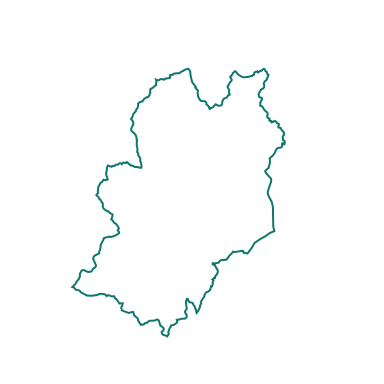 outline of Hoanh Bo, Quảng Ninh, Vietnam, rotated 300°
{"feature_id": "81297802B7752291855220", "entity_name": "Hoanh Bo", "entity_type": "district", "adm_level": 2, "iso_a3": "VNM", "parent_name": "Vietnam", "parent_adm1": "Quảng Ninh", "projection": "albers", "projection_center": [107.022, 21.107], "detail": "fine", "context": "isolated", "style": "outline", "palette": "teal", "viewbox_px": 384, "rotation_deg": 300, "n_neighbors": 0, "source": "geoboundaries", "source_scale": "gbopen_adm2", "svg_char_len": 6044}
<svg xmlns="http://www.w3.org/2000/svg" viewBox="0 0 384 384"><g transform="rotate(300 192 192)"><path d="M149.5,108.4L145.7,110.0L144.1,111.1L141.9,110.6L141.5,110.8L140.6,113.9L139.6,115.4L139.6,116.6L139.0,117.2L137.2,120.8L135.0,121.8L133.4,123.8L132.9,127.8L133.5,129.4L132.8,131.0L132.7,131.8L132.9,134.1L132.3,134.8L130.4,135.4L127.9,135.8L127.6,137.6L126.5,139.7L126.4,142.3L124.8,145.7L123.9,146.9L121.7,146.8L120.9,148.8L120.2,149.3L119.9,149.4L116.6,147.8L114.1,145.9L112.2,143.8L112.0,142.6L111.6,142.2L108.2,138.9L107.6,138.7L106.5,139.2L102.6,139.2L100.3,139.5L98.0,140.6L95.7,141.3L93.8,141.5L92.4,142.3L88.0,139.4L86.1,139.3L84.5,140.0L80.7,145.3L79.9,145.9L77.8,145.6L76.3,144.7L73.7,144.7L72.3,144.2L70.7,141.8L70.2,137.1L69.6,136.3L68.5,135.7L65.4,135.8L64.5,136.0L63.6,136.8L62.9,137.1L60.3,137.5L57.5,137.0L53.5,136.9L49.9,135.9L50.3,137.3L49.3,140.2L50.3,143.3L50.3,144.3L49.6,145.7L49.8,152.9L52.2,157.3L54.4,160.0L54.5,160.5L55.6,161.6L57.4,162.7L58.4,164.2L59.8,167.9L59.2,170.3L60.2,170.5L61.0,171.5L61.5,174.9L62.8,176.4L62.4,177.4L61.4,178.5L61.3,179.1L61.5,180.1L59.1,184.9L61.0,187.6L58.6,188.5L56.9,188.3L54.4,190.4L55.6,197.7L58.1,200.1L58.6,201.1L57.6,202.3L56.3,203.3L55.9,205.2L55.8,206.5L55.3,208.4L53.6,209.6L53.2,210.9L52.2,212.1L52.2,213.2L51.4,214.1L53.0,216.4L55.1,217.0L56.2,218.4L58.1,218.9L59.6,220.1L61.7,223.7L64.2,225.5L64.3,226.6L63.9,227.8L60.5,231.3L60.3,233.8L59.9,235.3L59.5,235.8L58.8,236.3L57.7,236.4L55.5,235.7L54.5,236.6L53.9,238.3L54.6,241.1L54.5,242.7L57.4,242.9L58.6,241.6L62.8,240.8L63.8,240.7L65.0,241.0L65.9,240.6L68.2,243.0L71.1,244.2L72.1,244.3L73.7,242.7L75.2,244.8L76.6,245.8L79.0,249.4L81.1,249.9L83.2,248.6L83.4,247.2L85.0,245.7L88.3,245.8L93.5,241.8L96.9,241.0L97.2,241.6L97.2,242.1L95.9,243.5L95.4,244.6L95.4,245.3L96.1,247.0L96.1,248.4L95.0,249.5L94.4,251.2L92.9,252.8L92.2,254.2L90.3,255.6L89.6,256.5L92.3,256.9L94.1,256.5L95.7,256.6L97.5,255.8L100.2,255.6L101.7,254.6L105.5,254.6L107.0,255.1L109.5,254.2L112.3,254.5L113.9,255.9L116.1,256.6L118.8,256.1L119.8,255.5L120.3,256.5L121.1,256.5L123.0,255.8L123.5,255.3L126.6,254.6L126.8,254.2L126.6,253.5L128.5,254.0L129.1,254.9L130.1,254.3L132.0,254.4L132.7,254.8L135.7,254.4L137.7,252.7L138.3,251.1L139.9,248.5L139.7,246.1L140.4,245.6L140.7,245.7L141.2,246.0L141.1,247.0L141.5,247.9L142.3,248.2L142.9,249.1L144.1,250.3L146.7,250.7L147.3,251.1L148.1,252.0L148.6,253.3L150.2,254.8L150.5,255.7L155.7,256.3L158.9,257.2L160.8,257.3L161.3,258.8L162.2,260.1L165.8,264.4L166.5,265.8L165.2,267.1L165.7,268.1L166.5,270.8L173.7,271.7L178.5,271.6L179.7,271.9L185.7,274.8L190.4,277.7L195.0,279.7L199.3,282.8L202.8,279.6L218.9,269.9L220.7,268.5L223.1,266.2L226.8,260.4L228.8,258.2L230.5,257.3L239.6,255.5L242.6,254.4L243.4,252.9L245.3,247.0L245.9,245.7L246.6,245.0L247.5,245.0L250.8,246.2L251.9,246.1L257.1,244.6L259.7,242.6L260.1,242.5L264.4,243.9L267.7,244.1L270.2,243.7L271.9,243.8L273.1,244.4L275.1,246.9L275.7,247.2L276.8,247.1L278.4,246.1L279.3,245.8L279.6,246.0L279.7,246.4L279.2,247.3L279.3,248.0L279.8,248.1L281.7,247.4L282.6,246.4L282.4,244.9L282.7,244.5L283.9,244.0L284.9,243.0L285.7,242.8L287.6,243.1L288.7,242.1L289.5,241.9L289.7,241.5L290.6,238.4L291.8,236.9L291.2,235.1L291.3,234.4L291.8,234.0L293.9,233.6L294.4,233.1L294.1,231.3L294.8,230.4L295.0,228.4L294.3,227.6L293.4,227.3L292.1,226.3L292.2,225.8L293.2,225.3L293.1,224.5L292.5,224.0L292.5,223.6L293.1,222.8L294.4,222.4L294.2,220.7L294.6,219.3L296.7,218.9L298.2,217.9L298.5,217.2L299.1,214.0L300.8,210.8L301.2,209.5L300.8,208.0L304.0,206.3L307.6,206.3L308.2,205.7L308.3,205.2L307.9,203.5L307.9,202.7L308.7,201.8L310.3,200.6L315.3,200.6L317.4,201.9L318.7,202.1L320.3,201.4L321.6,200.0L324.0,199.6L325.8,200.4L327.4,200.5L331.7,199.6L331.9,198.1L333.3,197.0L333.4,195.2L334.5,193.7L334.7,193.2L334.6,192.7L334.2,192.3L331.5,191.4L331.3,190.8L328.5,189.3L329.2,188.3L327.0,186.4L326.6,186.3L324.5,187.1L323.7,186.2L322.5,186.0L320.8,183.9L320.0,183.5L318.9,181.6L317.7,180.4L317.0,178.8L316.7,177.3L316.8,174.0L317.2,172.2L318.3,169.4L318.2,169.0L317.8,168.7L315.4,168.0L312.7,168.1L311.2,167.4L310.5,167.8L309.3,170.1L308.4,170.5L307.6,170.5L306.1,170.1L300.9,170.1L299.0,173.0L298.3,173.6L296.5,174.3L295.2,176.0L293.8,175.0L291.0,174.8L289.3,173.3L288.5,172.9L285.4,173.0L283.3,174.1L281.9,174.0L281.0,173.5L279.9,171.7L279.7,168.5L275.6,167.7L274.3,166.4L273.0,166.1L272.8,165.5L274.3,164.0L274.7,163.1L275.1,160.7L276.4,159.9L276.9,158.9L277.0,158.1L276.7,157.1L275.4,154.4L275.4,154.0L276.1,152.1L277.1,150.5L278.2,149.1L280.7,147.3L282.8,146.5L283.9,142.8L284.1,142.6L284.8,142.8L287.3,137.1L292.3,132.4L295.6,130.1L296.8,127.5L296.7,127.0L295.9,125.9L293.7,124.4L292.6,123.9L290.7,122.5L288.7,121.7L288.1,121.2L287.5,119.8L285.5,117.2L284.6,116.6L283.7,116.7L282.6,114.6L281.8,114.7L280.2,115.9L279.7,115.8L278.1,114.0L277.4,112.6L275.2,111.6L275.2,110.5L274.4,108.9L273.9,108.3L272.5,107.5L271.9,106.9L271.3,105.6L271.3,104.7L270.1,105.9L268.1,106.4L267.7,107.0L266.5,107.4L264.3,106.4L263.0,106.1L260.1,104.5L257.9,105.6L257.1,106.4L255.7,106.3L254.8,106.8L252.1,106.5L251.4,105.3L250.0,104.8L249.0,104.1L246.2,103.7L245.5,103.8L244.4,102.3L242.6,101.3L241.6,101.2L239.2,102.4L237.2,102.9L235.7,102.5L233.4,103.0L232.7,102.6L230.1,102.3L226.7,102.9L224.8,102.7L223.3,106.1L222.1,106.7L221.6,107.3L217.0,107.6L215.6,108.0L214.6,109.2L213.6,114.1L211.9,116.2L210.6,117.4L209.7,117.7L209.3,118.7L207.8,119.1L204.0,121.3L202.9,122.6L202.1,123.0L201.2,123.8L199.3,124.4L198.4,126.3L197.0,127.0L195.5,130.0L194.5,131.0L193.4,131.3L190.8,134.2L188.0,136.0L187.2,135.6L186.6,133.1L185.6,130.8L185.0,130.0L185.2,127.6L184.3,126.0L184.8,124.9L184.6,124.2L185.4,120.7L184.0,120.3L183.8,119.9L183.8,119.1L182.9,117.7L181.0,117.4L181.3,116.1L180.7,114.9L179.9,114.5L178.9,114.3L177.5,112.4L175.5,111.5L174.6,110.0L173.6,109.8L172.9,106.0L170.8,106.1L169.3,106.7L168.5,107.3L167.1,107.5L166.1,108.2L165.0,108.3L163.7,109.4L160.8,112.7L159.3,111.6L158.8,110.7L158.5,109.3L158.2,109.1L156.0,109.2L154.0,108.2L149.5,108.4Z" fill="none" stroke="#0f766e" stroke-width="2"/></g></svg>